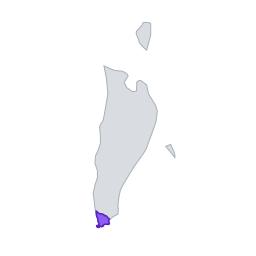 Tutuala, Lautém, East Timor (highlighted), rotated 125°
{"feature_id": "22284137B2107732035789", "entity_name": "Tutuala", "entity_type": "district", "adm_level": 2, "iso_a3": "TLS", "parent_name": "East Timor", "parent_adm1": "Lautém", "projection": "equal_earth", "projection_center": [127.23, -8.446], "detail": "fine", "context": "in_parent", "style": "filled", "palette": "violet", "viewbox_px": 256, "rotation_deg": 125, "n_neighbors": 0, "source": "geoboundaries", "source_scale": "gbopen_adm2", "svg_char_len": 3517}
<svg xmlns="http://www.w3.org/2000/svg" viewBox="0 0 256 256"><g transform="rotate(125 128 128)"><path d="M90.9,183.3L88.8,172.8L86.6,168.3L84.9,165.7L84.3,162.6L84.4,159.3L85.4,157.7L92.8,157.3L95.7,151.9L95.7,145.5L94.2,143.3L92.7,142.4L85.1,147.2L83.0,146.3L81.7,144.6L82.1,137.4L88.3,130.7L93.6,118.5L97.3,113.7L106.0,109.1L109.5,107.8L134.8,101.1L140.8,100.7L156.8,100.9L178.3,99.4L183.6,98.5L190.5,95.5L197.1,91.9L200.6,89.0L204.3,86.9L209.8,89.5L219.2,91.5L221.7,93.3L224.1,95.7L213.2,108.5L201.3,119.1L193.9,122.3L186.3,124.5L180.5,128.6L175.7,135.0L169.4,138.6L162.4,139.9L156.4,141.8L150.9,145.6L143.3,152.0L140.3,152.7L137.0,152.5L130.7,155.0L111.2,164.3L99.4,174.5L90.9,183.3ZM29.2,169.5L38.8,162.7L53.5,157.4L53.2,161.3L51.7,167.4L49.5,170.2L46.1,175.4L43.9,176.5L35.1,175.4L33.9,176.1L32.4,175.6L30.2,172.3L29.2,169.5ZM125.3,72.7L121.3,86.6L117.0,83.6L121.6,75.9L123.8,73.6L125.3,72.7Z" fill="#d9dde1" stroke="#a8b0b8" stroke-width="1"/><path d="M213.0,93.4L212.8,93.7L212.6,94.2L212.5,94.8L212.5,95.2L212.6,95.6L212.7,96.0L212.7,96.3L212.7,96.5L212.8,96.6L213.1,96.8L213.3,96.9L213.3,97.0L213.2,97.1L213.0,97.4L213.0,98.0L213.0,98.5L213.0,98.9L213.0,99.1L213.1,99.4L213.2,99.6L213.3,99.7L213.4,99.8L213.3,100.0L213.4,100.3L213.6,100.7L213.8,101.2L213.9,101.3L214.0,101.3L214.2,101.6L214.3,101.7L214.5,101.8L214.6,102.0L214.6,102.5L214.5,103.0L214.5,103.4L214.5,103.5L214.6,103.8L214.6,104.0L214.5,104.3L214.7,104.5L214.8,104.6L214.7,104.8L214.4,105.0L214.2,105.4L214.2,105.5L214.2,105.8L214.3,106.0L214.4,106.4L214.5,106.4L214.7,106.2L215.0,105.9L215.2,105.7L215.5,105.6L215.6,105.4L215.7,105.2L215.8,105.2L216.0,105.2L216.3,105.0L216.4,104.9L216.5,104.7L216.7,104.4L216.8,104.3L217.0,104.3L217.2,104.2L217.4,103.9L217.6,103.8L217.7,103.7L217.9,103.5L218.1,103.3L218.3,103.0L218.5,102.8L218.6,102.7L218.8,102.4L218.8,102.1L219.0,101.6L219.2,101.4L219.3,101.2L219.5,101.1L219.8,100.8L219.9,100.7L220.0,100.2L220.3,100.0L221.0,99.7L221.3,99.5L221.5,99.3L221.5,99.2L221.8,99.0L221.9,98.9L221.9,98.7L222.0,98.6L222.4,98.1L222.4,97.9L222.5,97.8L222.5,97.7L222.6,97.4L222.8,97.0L222.9,96.9L223.0,96.9L223.8,96.6L224.1,96.5L224.2,96.3L224.3,96.3L224.3,96.2L224.4,95.9L224.4,95.7L224.4,95.4L224.4,95.0L224.3,94.4L224.2,94.2L224.2,93.8L224.2,93.5L224.2,93.4L224.2,93.2L224.0,92.9L223.9,92.8L223.7,92.8L223.3,92.7L223.2,92.6L222.9,92.7L222.7,92.7L222.4,92.5L222.2,92.5L222.2,92.4L222.1,92.5L221.9,92.5L221.7,92.5L221.6,92.4L221.4,92.4L221.1,92.2L220.9,92.0L220.7,92.0L220.4,92.0L220.2,91.9L220.3,91.9L220.2,91.9L219.9,91.6L219.8,91.4L219.7,91.3L219.7,91.2L219.4,90.7L219.2,90.5L219.2,90.4L219.1,90.2L218.8,90.0L218.7,89.8L218.7,89.7L218.5,89.4L218.5,89.1L218.4,89.0L218.4,88.9L218.2,88.7L217.9,88.5L217.7,88.6L217.4,88.6L217.3,88.4L217.3,88.5L217.2,88.4L217.0,88.5L216.9,88.5L216.8,88.8L216.7,88.8L216.5,89.0L216.5,88.9L216.5,89.0L216.4,89.1L216.2,89.3L216.0,89.5L215.8,89.8L215.6,90.0L215.5,90.3L215.4,90.3L215.2,90.4L215.0,90.6L214.9,90.7L214.7,90.8L214.4,90.9L214.1,90.9L213.9,91.0L213.7,91.1L213.4,91.0L213.1,91.4L213.1,91.5L213.0,91.8L213.1,92.0L213.1,92.4L213.1,92.9L213.1,93.1L213.0,93.3L213.0,93.4ZM225.6,94.7L225.3,94.7L225.1,94.8L225.0,95.0L224.9,95.0L224.8,95.3L224.8,95.5L224.8,96.1L224.9,96.4L224.9,96.6L225.1,96.8L225.3,97.0L225.5,97.4L225.7,97.5L225.8,97.5L226.0,97.6L226.2,97.3L226.3,97.3L226.5,97.2L226.8,97.0L226.8,96.8L226.8,96.3L226.8,96.1L226.6,95.7L226.5,95.3L226.3,95.1L226.2,95.0L226.1,94.9L225.8,94.7L225.7,94.6L225.6,94.7Z" fill="#8b5cf6" stroke="#5b21b6" stroke-width="1.5"/></g></svg>